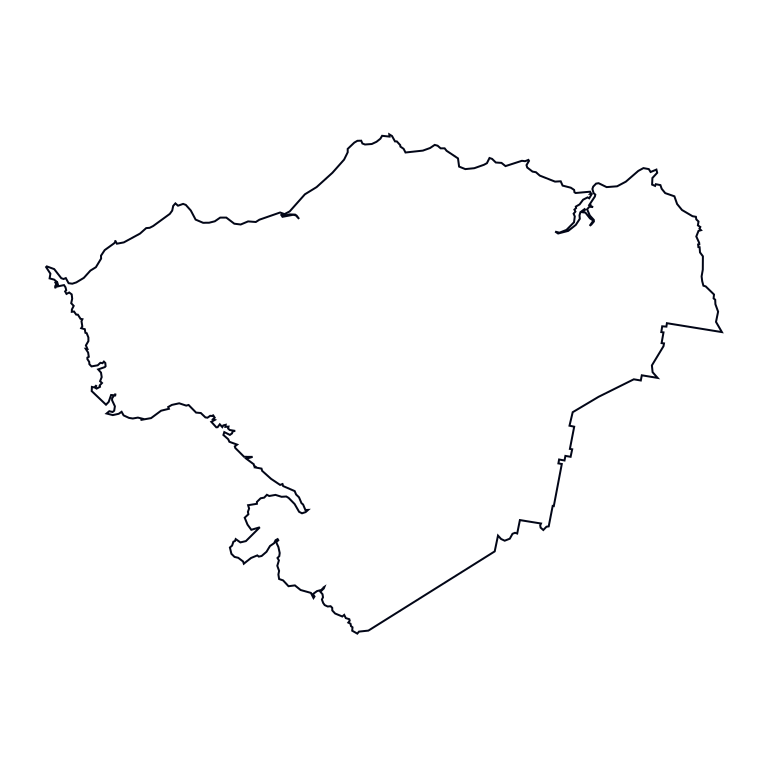 George Town, Tasmania, Australia
{"feature_id": "25037944B54594589896924", "entity_name": "George Town", "entity_type": "district", "adm_level": 2, "iso_a3": "AUS", "parent_name": "Australia", "parent_adm1": "Tasmania", "projection": "robinson", "projection_center": [146.946, -41.12], "detail": "fine", "context": "isolated", "style": "outline", "palette": "ink", "viewbox_px": 768, "rotation_deg": 0, "n_neighbors": 0, "source": "geoboundaries", "source_scale": "gbopen_adm2", "svg_char_len": 6058}
<svg xmlns="http://www.w3.org/2000/svg" viewBox="0 0 768 768"><path d="M660.4,185.1L655.8,184.2L655.1,185.9L652.1,184.6L652.4,178.0L657.2,172.8L656.4,169.6L650.6,172.0L648.8,169.1L643.4,168.1L638.3,170.9L625.8,181.7L617.1,186.3L606.6,187.1L598.6,183.2L596.1,183.6L593.2,186.6L592.4,189.0L593.6,193.1L595.3,194.6L594.9,196.5L589.1,205.2L590.1,205.9L590.5,204.8L590.8,206.1L593.1,207.1L589.4,206.7L587.1,209.3L589.8,215.5L593.8,219.9L593.9,221.5L591.3,224.6L589.7,225.8L593.4,220.6L590.0,218.4L585.4,212.6L582.3,212.2L585.1,209.7L584.6,209.1L580.4,212.2L579.5,215.3L579.8,218.8L575.8,224.9L568.2,230.9L558.1,233.5L555.2,231.6L559.4,232.7L566.5,229.9L574.0,222.3L574.8,216.4L573.6,213.7L575.4,211.6L574.4,209.6L576.1,208.1L575.8,206.6L579.6,204.4L583.1,199.7L587.6,197.4L589.2,198.3L591.6,194.3L590.2,194.0L591.0,193.4L590.1,191.7L575.7,193.0L574.5,192.3L574.1,189.9L570.8,187.7L562.6,185.6L560.7,181.3L555.0,181.6L539.8,175.6L535.9,172.2L532.5,171.6L527.2,167.5L526.5,165.1L529.0,160.9L528.4,159.9L525.1,161.2L521.9,160.8L505.5,166.1L501.5,162.9L495.8,162.5L492.1,158.9L489.5,158.0L486.9,163.2L483.9,164.8L474.3,168.2L465.3,169.1L459.1,166.6L458.0,158.4L446.6,150.8L444.6,148.3L440.6,148.3L437.6,145.7L434.7,144.9L430.1,148.0L422.9,150.6L405.5,152.5L403.6,148.8L400.4,146.6L400.2,145.1L396.8,141.4L395.0,141.4L392.0,136.0L389.3,134.4L389.5,136.6L382.1,135.8L380.4,138.7L376.5,141.8L371.8,144.0L365.0,144.5L362.4,143.5L361.2,140.7L357.4,140.8L354.3,142.6L347.7,148.9L347.7,152.3L344.1,159.6L332.4,172.8L316.6,187.1L304.9,194.3L289.7,211.4L282.1,215.4L283.1,216.3L289.6,214.4L295.1,214.6L296.6,215.6L299.1,218.9L295.8,215.3L293.1,214.8L282.5,216.8L281.3,215.0L283.4,213.7L280.1,212.5L259.4,219.7L255.8,222.0L248.1,221.4L240.7,224.5L234.3,223.7L226.3,217.6L220.2,217.6L214.8,221.3L209.2,222.7L203.1,222.8L195.6,219.6L190.8,210.5L185.8,204.9L183.1,203.9L178.0,205.7L175.4,203.4L173.2,205.9L172.2,210.6L169.8,213.9L153.2,226.0L149.7,227.8L146.2,228.1L140.0,233.6L123.8,242.4L116.9,243.7L115.1,240.4L115.3,242.0L114.0,243.4L104.7,250.1L101.0,255.7L101.1,258.6L95.9,267.2L90.4,270.6L83.8,277.9L76.3,282.4L72.3,283.7L68.6,283.2L65.8,278.1L63.6,279.0L61.3,278.2L54.2,269.1L46.8,266.4L46.1,267.1L50.4,273.7L49.6,278.4L54.1,279.6L56.4,281.5L55.3,282.5L56.3,284.1L55.2,286.2L55.2,288.3L56.9,284.0L56.2,282.7L57.2,282.3L58.1,285.1L57.3,286.5L64.0,285.1L65.5,287.3L66.2,290.2L65.1,291.4L66.5,293.9L69.2,292.5L71.7,294.4L72.2,298.7L71.2,303.2L73.7,305.9L71.9,309.4L71.8,311.8L74.0,311.5L76.2,314.6L77.9,314.7L80.5,318.8L82.4,319.2L81.5,321.2L82.3,326.3L81.2,328.2L84.8,329.2L85.4,332.8L86.7,333.2L88.4,337.5L88.4,341.1L85.9,345.4L87.4,348.9L85.7,348.8L88.1,352.5L88.8,356.8L87.4,357.6L87.4,359.1L89.2,361.9L89.4,364.2L91.5,366.4L97.7,365.3L100.4,362.8L102.5,363.2L103.9,361.6L105.3,363.0L105.6,366.2L104.8,367.1L98.2,369.4L101.0,372.6L101.7,377.1L100.1,381.2L102.0,383.0L99.7,385.4L100.0,386.8L96.6,388.6L95.4,387.9L96.5,385.2L94.4,387.4L91.9,386.9L91.7,391.1L106.0,404.7L108.7,401.9L111.1,395.0L114.7,395.3L115.5,393.6L115.2,395.5L113.8,395.7L112.1,398.4L112.1,400.3L114.9,406.3L114.2,410.7L112.6,412.0L109.3,411.2L106.6,413.5L112.8,415.1L118.7,413.8L121.6,411.8L123.6,415.4L129.0,417.9L132.8,418.5L137.9,417.6L143.6,419.0L140.5,420.0L151.1,418.1L161.1,410.7L168.9,408.8L168.2,407.0L171.9,404.9L179.2,403.3L186.2,405.6L188.6,405.0L196.1,412.6L200.8,413.0L205.4,417.4L207.5,417.7L210.2,415.8L212.9,416.1L212.8,414.7L214.7,417.7L213.0,419.2L214.8,419.9L211.3,421.8L216.3,427.3L217.6,427.2L219.8,424.3L222.3,427.1L223.3,425.4L225.7,424.8L225.4,426.9L228.5,426.6L228.1,428.5L229.7,430.0L235.2,430.9L232.7,431.4L232.0,433.4L229.9,434.9L224.3,432.1L223.4,435.0L228.2,439.2L229.4,441.8L237.1,444.6L234.8,446.4L235.3,448.0L244.1,456.8L252.6,456.9L246.3,458.7L253.8,464.3L254.0,465.8L255.5,466.7L255.0,467.4L261.5,468.6L262.2,470.9L271.0,478.8L280.1,484.9L283.4,483.7L282.2,484.3L283.2,486.1L294.7,491.1L296.1,494.5L299.0,497.3L301.5,503.2L303.1,504.5L305.4,510.0L308.1,509.9L305.6,512.1L302.0,513.3L299.1,511.8L294.6,504.0L288.6,497.9L286.3,496.5L281.6,496.8L275.5,494.9L269.2,496.0L266.9,494.8L264.2,497.6L260.6,498.3L256.9,501.9L256.9,503.8L248.1,505.2L249.1,508.5L247.9,511.9L248.4,514.2L244.7,517.7L247.5,524.6L251.3,529.8L259.8,527.3L245.9,541.1L240.4,542.4L235.7,539.1L235.0,541.0L233.4,541.7L232.1,545.6L229.9,547.5L231.4,553.8L234.5,556.9L238.2,557.8L243.1,561.5L243.8,563.7L251.0,558.0L257.3,555.4L258.8,556.6L261.6,556.0L266.5,551.8L270.0,546.0L274.1,543.2L275.6,540.2L277.6,539.1L278.3,540.2L276.2,542.3L278.4,547.0L279.7,553.0L279.3,556.1L277.5,558.0L278.9,560.4L277.3,565.8L279.1,570.9L278.4,574.5L279.1,579.0L283.1,580.4L288.5,586.2L294.9,585.4L300.6,590.0L310.9,592.9L313.5,598.0L314.5,596.5L312.9,594.1L317.0,591.1L321.5,589.9L322.5,588.7L323.6,588.4L323.5,587.5L324.4,586.9L323.8,588.4L320.4,591.8L322.5,594.2L323.0,597.3L321.9,599.5L323.2,603.0L324.7,605.1L327.7,606.5L330.6,606.2L332.2,607.8L332.3,610.5L335.1,613.5L342.3,616.5L344.2,614.9L345.8,618.1L349.3,619.2L349.7,620.7L348.3,622.6L350.5,623.7L351.0,626.1L352.5,627.3L352.2,630.7L357.3,633.6L359.0,631.6L368.4,630.6L494.7,551.4L498.0,535.6L501.1,539.0L504.7,540.7L509.8,538.7L512.5,533.8L515.0,532.8L517.2,533.5L519.9,520.1L541.0,523.5L540.2,525.3L540.6,527.6L543.3,530.0L546.5,526.7L548.7,526.4L552.7,505.9L553.8,506.1L561.8,464.0L558.4,463.4L559.1,459.5L564.5,460.5L565.4,455.9L570.6,456.8L572.2,449.3L569.9,448.9L574.2,426.7L569.5,425.7L572.7,412.2L598.6,396.8L633.8,379.3L640.8,380.5L641.8,375.3L657.6,377.9L652.6,372.2L651.9,365.4L663.5,346.2L664.0,343.4L661.6,343.1L663.5,332.4L661.3,332.1L662.2,326.3L666.4,326.6L666.9,323.2L721.9,332.1L716.0,321.9L718.1,311.7L715.4,304.2L715.2,299.7L713.6,298.4L714.0,294.5L705.7,286.4L703.4,285.7L702.2,281.2L701.6,276.4L702.8,269.6L702.9,256.3L700.0,252.4L699.6,247.2L698.4,247.1L698.1,244.5L699.3,244.3L699.2,242.9L696.3,236.5L698.5,230.9L701.0,230.2L699.5,228.6L700.3,227.0L697.9,225.4L698.5,221.5L696.3,219.4L695.9,216.8L692.5,216.2L682.0,210.0L677.1,204.0L674.4,196.3L665.2,193.1L661.7,188.8L660.4,185.1Z" fill="none" stroke="#020617" stroke-width="2"/></svg>